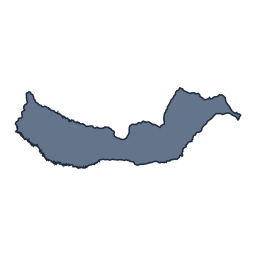 El Cerrito, Valle del Cauca, Colombia (Mercator projection)
{"feature_id": "7082276B46612550724020", "entity_name": "El Cerrito", "entity_type": "district", "adm_level": 2, "iso_a3": "COL", "parent_name": "Colombia", "parent_adm1": "Valle del Cauca", "projection": "mercator", "projection_center": [-76.228, 3.687], "detail": "fine", "context": "isolated", "style": "filled", "palette": "slate", "viewbox_px": 256, "rotation_deg": 0, "n_neighbors": 0, "source": "geoboundaries", "source_scale": "gbopen_adm2", "svg_char_len": 5798}
<svg xmlns="http://www.w3.org/2000/svg" viewBox="0 0 256 256"><path d="M240.6,115.1L239.5,114.0L237.3,113.9L236.8,112.5L235.7,113.0L234.1,112.8L231.7,110.9L231.5,109.7L230.3,108.8L230.2,107.7L226.3,102.6L225.9,101.5L225.1,97.5L222.4,95.1L221.6,94.9L220.7,95.2L219.7,94.6L217.4,96.5L216.5,96.8L214.3,96.8L212.5,98.3L211.3,98.9L210.6,98.8L209.5,97.5L208.5,98.7L207.0,99.3L204.5,99.7L202.4,97.9L200.2,96.6L199.6,94.8L198.2,93.3L197.1,93.7L195.8,93.8L194.5,92.8L191.5,92.8L190.2,93.6L183.4,90.5L182.8,89.1L179.9,87.8L178.8,89.9L178.4,90.3L177.0,90.7L175.7,92.2L175.3,94.6L174.1,95.7L172.8,98.3L171.3,99.7L169.1,104.4L167.4,106.9L167.5,108.6L166.3,109.9L165.5,112.1L164.7,113.0L163.7,118.6L164.3,121.9L164.3,124.1L163.2,124.4L160.8,126.0L159.9,127.5L154.6,124.4L154.0,124.3L153.2,124.8L149.6,122.3L148.2,121.9L147.0,122.2L145.9,121.9L144.9,122.0L143.6,121.2L142.9,121.3L140.8,123.0L138.7,122.7L136.7,124.1L135.6,124.4L132.0,124.3L129.9,125.9L129.3,127.6L129.1,132.8L128.6,134.2L127.4,136.0L127.4,136.5L126.5,137.5L126.4,138.1L124.4,139.2L122.7,139.6L121.2,139.1L120.7,139.3L119.5,138.3L117.3,138.1L115.7,136.9L114.5,136.4L113.8,133.8L114.4,132.4L113.6,131.1L111.7,130.1L111.0,128.9L109.1,128.1L108.7,127.3L107.8,127.6L106.9,127.1L105.0,127.1L104.9,127.5L104.3,127.3L103.5,128.0L99.7,128.5L98.6,127.8L98.2,128.1L97.0,127.1L95.9,127.9L94.7,128.1L93.4,127.5L92.6,126.0L89.9,126.0L88.3,126.4L87.8,126.1L86.3,126.5L84.2,124.5L82.7,123.7L82.1,124.0L79.5,123.6L79.1,123.4L79.1,122.7L78.0,122.4L77.6,121.9L76.7,122.1L76.6,122.7L75.1,122.0L74.2,122.0L73.5,120.5L73.0,120.3L71.9,120.3L71.3,120.8L71.1,120.2L70.2,121.1L69.7,120.9L69.2,121.4L68.9,120.8L69.4,120.7L69.3,119.8L68.1,119.2L67.7,118.2L65.8,118.4L65.8,118.1L65.2,117.9L65.2,117.4L64.6,117.3L63.8,116.4L63.0,117.6L62.1,116.5L62.1,115.8L60.9,115.2L60.5,114.4L59.0,114.0L58.9,113.4L57.7,113.6L57.3,113.0L57.4,112.5L57.0,112.9L56.8,112.6L56.3,112.8L55.1,112.4L54.5,111.2L53.6,110.7L52.3,110.8L51.8,110.3L51.2,110.4L49.8,109.0L49.1,108.9L49.0,108.4L48.5,108.5L48.3,107.8L47.8,107.8L46.4,106.9L44.7,106.2L43.1,106.9L42.1,106.5L41.2,105.5L38.8,104.8L38.3,103.8L35.5,102.0L34.9,99.9L34.1,99.3L33.4,96.5L32.6,94.7L31.0,93.8L30.7,92.8L29.7,91.9L29.0,91.7L28.3,92.6L26.5,93.2L26.3,93.6L26.6,99.2L27.4,102.4L26.7,103.8L24.6,105.0L23.8,106.6L23.6,108.5L24.6,109.6L24.7,110.1L21.9,112.0L21.7,113.4L22.2,116.0L21.9,117.6L21.6,118.1L19.8,118.0L18.5,118.5L18.4,120.5L16.3,121.9L15.7,122.9L15.4,124.0L16.7,125.4L16.6,126.0L17.3,126.2L17.4,127.2L16.9,127.8L17.3,128.0L17.7,128.6L16.9,130.6L16.4,130.7L15.8,131.8L17.1,132.1L17.8,132.7L18.1,132.2L19.0,132.9L19.2,132.3L20.2,133.2L20.8,132.7L21.1,133.2L20.7,133.9L21.6,133.7L21.8,134.0L20.8,134.6L20.9,135.5L21.5,135.9L21.6,135.4L22.1,135.5L22.3,135.9L22.0,136.1L22.8,137.3L23.2,137.2L23.0,136.8L23.4,136.6L23.9,138.6L24.9,139.5L25.7,138.7L25.8,139.2L26.8,139.4L27.1,139.9L28.4,139.5L27.7,140.5L27.8,141.3L28.5,141.7L28.5,141.3L28.8,141.1L29.0,141.7L29.4,141.5L29.5,142.4L30.5,142.6L30.5,143.1L31.2,143.1L30.8,143.9L31.2,144.5L31.4,143.7L32.3,144.2L32.4,145.4L33.2,145.3L32.9,145.7L33.3,146.2L33.9,144.8L34.4,145.6L35.0,145.8L35.4,145.7L35.7,145.1L36.2,145.1L36.2,144.7L37.0,144.7L36.7,145.9L37.1,146.2L38.1,146.2L38.0,147.0L39.4,148.5L39.8,150.1L40.6,150.2L39.5,151.1L39.7,151.7L40.6,151.3L40.8,151.8L41.2,151.5L41.5,151.8L41.1,152.7L41.8,152.5L41.9,153.2L42.8,153.7L43.0,153.3L43.3,153.3L42.9,154.6L43.5,154.9L44.1,154.8L44.2,155.7L43.1,155.3L42.6,155.6L43.0,156.1L44.5,156.5L44.6,157.1L45.7,158.0L45.4,158.5L45.7,159.0L46.6,158.7L46.8,160.2L48.4,159.4L48.7,159.8L48.4,160.3L48.6,160.6L49.4,160.1L50.9,160.7L51.3,160.9L51.4,161.8L52.6,161.9L53.1,162.7L53.6,161.8L54.0,162.9L54.5,161.8L55.2,162.6L55.2,163.4L55.6,162.7L56.0,162.9L55.9,163.4L56.2,164.3L57.4,163.0L56.9,162.4L57.4,162.3L58.0,162.6L58.6,162.2L59.8,162.6L59.0,163.1L59.2,164.0L59.9,164.1L60.4,163.4L61.8,164.6L62.4,164.4L63.1,165.7L63.7,164.0L64.1,164.1L64.7,165.3L65.2,164.6L65.8,165.2L66.5,164.1L67.1,165.2L68.6,164.2L69.2,164.5L69.1,165.6L71.4,164.8L72.9,165.2L73.0,166.7L74.5,166.7L75.7,166.2L76.3,167.1L77.1,166.7L77.7,166.9L77.7,167.8L78.3,167.7L78.7,168.2L79.7,167.8L80.0,166.9L80.6,167.7L81.5,167.4L83.2,168.0L83.4,166.7L84.9,168.0L85.7,167.7L85.9,166.3L86.9,167.1L87.3,166.2L88.3,165.9L88.6,165.3L90.6,164.8L91.3,164.9L92.0,164.2L93.0,164.4L94.0,163.8L94.4,164.2L94.7,163.3L95.3,163.6L95.7,163.1L96.4,163.0L96.7,162.5L97.1,162.7L98.5,160.8L99.3,161.3L99.2,160.2L99.5,159.9L100.4,159.9L103.3,159.2L104.9,159.7L107.7,159.5L109.8,160.1L112.4,159.3L115.5,159.8L116.8,159.7L117.4,160.1L119.6,159.6L123.6,160.1L124.5,160.5L126.3,159.7L127.8,160.5L129.0,160.4L129.5,161.1L131.6,161.7L133.4,161.8L134.0,162.4L134.6,164.0L137.4,165.2L139.9,164.4L143.9,164.2L145.2,163.8L145.7,163.9L147.9,163.4L148.6,162.7L149.3,163.0L150.1,162.6L151.9,162.5L152.9,161.8L156.2,161.3L158.3,162.0L159.1,162.8L160.1,162.8L160.6,162.3L163.5,162.2L164.3,162.7L165.0,162.0L166.4,162.4L166.9,161.1L167.7,160.8L168.6,161.0L169.5,160.6L169.9,160.9L170.6,160.0L172.0,159.6L173.5,159.5L174.3,158.9L176.1,159.4L177.2,159.1L179.1,157.5L179.6,156.6L179.8,155.4L181.1,155.4L182.0,156.2L182.6,155.6L182.4,155.1L182.6,154.6L181.9,153.4L182.2,152.0L182.8,151.6L182.5,151.0L182.8,150.4L182.8,149.4L183.3,148.9L183.8,147.8L185.5,147.3L186.1,146.7L185.9,145.2L187.5,143.6L188.1,142.4L189.6,141.5L190.5,141.7L191.8,141.4L191.6,140.9L192.0,140.0L192.7,139.4L192.3,138.6L193.0,137.7L193.0,137.1L193.7,135.6L195.4,134.8L196.1,133.2L197.3,132.3L199.2,132.1L200.9,131.3L201.5,130.3L202.1,127.8L204.2,125.3L206.5,123.5L207.3,121.5L211.4,118.6L214.3,115.3L216.1,113.7L220.6,113.6L222.7,114.5L226.2,113.2L228.5,113.0L231.1,114.0L232.3,115.1L235.2,116.3L236.6,117.5L237.9,119.9L238.6,119.5L238.4,118.9L239.0,118.3L239.4,116.8L240.0,116.3L240.6,115.1Z" fill="#64748b" stroke="#1e293b" stroke-width="1.5"/></svg>